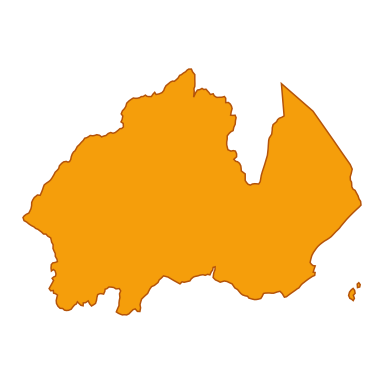 outline of Macaé, Rio de Janeiro, Brazil
{"feature_id": "56859067B80859432547876", "entity_name": "Macaé", "entity_type": "district", "adm_level": 2, "iso_a3": "BRA", "parent_name": "Brazil", "parent_adm1": "Rio de Janeiro", "projection": "equal_earth", "projection_center": [-41.985, -22.283], "detail": "fine", "context": "isolated", "style": "filled", "palette": "amber", "viewbox_px": 384, "rotation_deg": 0, "n_neighbors": 0, "source": "geoboundaries", "source_scale": "gbopen_adm2", "svg_char_len": 5381}
<svg xmlns="http://www.w3.org/2000/svg" viewBox="0 0 384 384"><path d="M313.0,111.2L281.4,83.6L284.1,115.9L282.0,117.2L279.3,118.2L277.6,119.7L276.6,121.7L274.9,123.1L273.1,124.6L272.3,127.8L272.2,130.4L271.7,134.2L269.3,138.0L268.7,140.2L268.4,144.3L268.1,149.0L267.8,151.9L267.4,155.3L265.8,160.7L264.8,164.1L264.1,166.3L262.4,171.5L261.3,175.3L260.8,178.3L260.2,181.7L258.7,184.0L256.7,183.8L254.7,183.7L252.4,184.0L250.3,185.1L248.1,184.3L246.5,182.5L245.2,180.5L245.2,176.8L245.2,173.9L243.2,172.4L241.3,170.9L241.1,168.2L240.8,165.9L239.5,163.3L237.5,161.7L235.7,161.3L233.8,159.3L236.6,156.8L236.6,153.9L235.4,151.1L233.3,150.6L230.9,151.1L227.9,149.7L226.7,144.9L226.7,142.0L227.2,138.9L227.2,135.9L229.2,133.3L231.0,131.7L233.1,130.6L233.8,127.3L235.2,124.2L235.5,120.5L236.1,117.7L235.1,115.2L232.9,115.4L230.6,115.2L231.2,111.8L232.1,108.6L231.5,106.3L230.3,104.1L228.4,102.5L225.7,102.6L225.7,98.2L224.4,96.5L222.1,97.2L219.5,97.3L216.7,97.4L214.3,95.9L213.2,93.8L210.4,94.5L209.0,92.6L207.4,90.8L206.0,89.2L203.8,89.5L202.0,88.4L200.1,89.5L197.4,90.1L195.6,92.8L193.6,97.2L194.0,93.7L194.2,91.4L193.9,88.8L194.8,86.4L194.9,83.7L194.8,79.2L194.8,74.6L192.6,71.9L191.4,69.1L188.7,69.1L187.0,70.2L185.7,71.7L183.5,73.0L181.3,74.7L179.6,75.4L178.1,78.0L176.3,79.7L174.3,81.3L172.5,81.1L170.5,82.0L168.2,83.9L166.0,85.7L164.5,88.4L163.8,90.5L162.0,92.6L159.1,93.9L156.1,94.5L154.7,92.3L153.0,94.1L151.4,96.5L148.6,96.6L146.9,96.3L145.4,95.1L143.2,96.5L141.2,96.6L139.6,97.7L137.2,98.3L135.1,98.3L133.3,98.0L131.1,99.4L129.0,100.9L126.7,103.2L125.8,106.5L124.5,108.6L122.4,110.9L121.2,113.9L122.8,116.0L122.1,119.6L121.0,121.9L123.2,123.4L123.4,127.0L121.7,128.5L120.0,128.6L118.0,130.4L115.3,132.5L113.0,133.3L110.7,132.5L108.2,133.5L106.0,135.5L103.9,136.0L101.6,136.9L99.5,135.3L96.8,134.7L94.8,135.4L92.8,135.8L90.2,135.5L88.5,136.7L86.7,137.7L84.7,138.2L83.3,140.4L81.3,142.4L79.5,144.5L77.3,146.5L76.2,148.7L75.0,150.8L73.5,152.0L72.2,154.1L71.3,156.6L70.7,159.6L69.5,161.6L67.9,162.1L66.2,161.4L63.6,161.9L61.6,163.4L59.4,165.8L58.7,168.6L56.7,170.8L55.2,172.2L53.9,174.8L52.0,178.0L50.5,180.1L48.9,181.5L46.5,183.1L44.3,184.8L43.5,186.7L42.8,188.9L41.9,191.4L40.2,195.3L37.4,195.0L36.0,196.2L34.3,197.5L32.8,199.9L31.7,202.4L31.6,205.7L31.0,208.6L29.9,211.0L28.8,213.1L26.3,214.3L24.3,215.8L23.0,217.5L24.0,220.6L26.6,222.0L29.0,224.0L31.4,225.6L33.8,226.8L35.8,228.5L37.9,229.3L39.5,230.5L41.6,232.1L43.5,234.0L46.0,234.1L47.7,236.1L50.6,237.8L51.2,239.9L51.6,242.1L53.1,244.7L53.0,248.5L54.1,251.1L55.3,253.6L55.3,256.3L57.0,259.3L57.4,261.6L55.4,262.4L52.8,262.9L51.3,264.6L51.0,268.0L51.4,271.0L53.3,269.5L55.1,270.9L56.0,274.0L55.5,276.2L53.6,277.0L52.1,278.3L53.6,280.5L52.5,282.5L50.9,285.4L49.1,288.6L50.7,290.8L53.3,290.5L53.6,293.2L55.4,293.6L57.5,295.1L56.9,297.4L56.2,300.6L56.5,303.5L58.0,306.3L60.1,308.3L62.7,308.5L64.4,310.1L66.3,310.5L68.6,310.3L71.2,309.2L72.8,307.0L74.6,304.9L76.3,304.0L77.4,301.8L79.3,303.8L80.9,305.3L83.1,305.8L83.3,302.9L85.5,302.7L88.2,300.9L89.6,303.8L91.5,306.0L93.7,304.7L95.5,303.4L96.5,300.3L96.9,297.4L97.7,294.6L99.9,293.6L101.6,293.7L103.6,294.1L104.8,291.4L105.1,289.2L106.9,288.7L108.9,287.0L111.2,287.1L113.8,287.5L116.0,288.9L119.3,288.6L120.7,290.9L119.5,293.8L119.9,297.6L119.3,300.4L119.0,302.9L119.0,305.6L117.7,308.5L116.3,311.9L118.4,313.3L120.7,314.3L122.4,314.9L124.1,314.7L126.7,314.9L129.0,313.8L130.9,311.8L133.0,309.7L135.2,308.9L137.4,311.4L139.9,311.5L140.6,307.8L140.0,304.8L140.7,302.0L141.6,299.1L143.5,297.2L145.3,295.5L147.6,293.5L148.9,290.8L149.9,288.9L151.6,286.6L154.4,285.4L156.4,283.8L158.0,282.5L159.2,279.9L161.3,278.1L163.5,275.9L167.9,277.0L173.8,280.5L180.0,283.9L182.1,281.8L184.1,282.3L186.6,281.7L189.9,280.9L191.3,278.8L193.5,277.0L195.3,276.4L197.8,275.9L200.3,275.1L203.0,274.7L205.2,275.3L207.6,274.3L209.9,274.9L211.4,271.6L212.7,270.0L213.1,267.4L215.1,266.8L215.0,269.6L213.7,273.2L213.1,277.5L215.4,279.9L217.5,280.8L220.2,282.2L224.3,281.0L227.0,281.5L229.3,282.6L232.1,283.9L234.8,287.9L237.5,289.5L240.8,293.5L242.6,294.9L245.2,295.8L247.6,296.3L248.9,298.1L252.3,299.1L254.6,299.6L256.5,299.5L258.2,299.2L260.8,298.5L262.2,296.3L263.5,293.5L265.2,293.1L267.8,293.0L269.5,293.0L271.8,293.2L273.7,293.2L277.1,292.0L280.0,291.3L282.2,293.5L284.4,297.2L286.5,296.7L288.0,295.5L290.7,293.5L293.4,291.6L295.4,290.2L297.1,288.9L298.9,287.9L300.8,285.3L302.4,283.6L303.9,282.5L305.5,281.2L307.1,280.0L308.6,278.9L310.1,277.9L312.4,276.4L314.7,275.4L315.1,272.5L313.2,272.2L314.0,269.3L315.2,265.9L313.0,265.6L311.4,264.3L310.1,262.5L310.8,259.2L311.8,255.6L313.4,252.5L315.0,250.2L316.4,248.2L317.8,246.5L320.0,244.4L322.3,242.6L324.5,241.0L326.6,239.8L328.8,238.4L331.2,236.6L333.1,234.6L334.4,233.2L335.9,231.6L337.8,229.8L339.4,228.2L341.2,225.8L343.3,223.3L345.0,221.3L346.5,219.5L348.0,217.9L349.9,215.9L351.4,214.4L353.2,212.6L355.3,210.6L356.9,209.1L358.8,207.4L361.0,205.1L360.6,201.3L359.1,199.1L358.0,195.8L356.3,192.7L355.1,190.4L353.0,189.1L351.8,186.8L351.7,184.5L351.5,182.1L350.4,180.2L350.2,176.8L351.2,173.5L352.2,169.1L350.2,164.5L341.4,151.9L334.2,141.4L325.3,128.7L313.0,111.2ZM354.4,298.4L353.3,295.2L355.1,293.3L354.6,290.3L353.1,288.4L351.3,289.8L349.5,292.1L348.6,295.5L349.9,298.4L351.7,299.3L353.2,300.6L354.4,298.4ZM359.7,287.0L360.2,284.6L358.8,282.7L357.2,284.1L357.5,287.6L359.7,287.0Z" fill="#f59e0b" stroke="#b45309" stroke-width="1.5"/></svg>